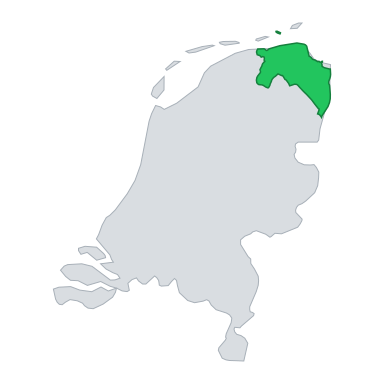 location of Groningen within Netherlands
{"feature_id": "NLD-897", "entity_name": "Groningen", "entity_type": "Province", "adm_level": 1, "iso_a3": "NLD", "parent_name": "Netherlands", "parent_adm1": "", "projection": "mercator", "projection_center": [6.616, 53.2], "detail": "fine", "context": "in_parent", "style": "filled", "palette": "green", "viewbox_px": 384, "rotation_deg": 0, "n_neighbors": 0, "source": "natural_earth", "source_scale": "10m", "svg_char_len": 4674}
<svg xmlns="http://www.w3.org/2000/svg" viewBox="0 0 384 384"><path d="M243.8,361.0L236.5,360.7L229.7,360.5L226.1,359.9L222.2,358.2L220.4,354.6L218.3,350.3L218.9,347.7L225.3,340.2L226.3,338.2L225.6,337.1L226.2,333.8L231.2,322.6L231.8,318.1L229.6,314.9L226.4,313.0L216.1,309.7L211.2,305.0L208.9,300.9L206.6,299.7L203.2,301.1L194.6,302.7L187.7,300.5L179.4,292.7L177.5,285.7L176.5,280.4L174.5,278.5L171.7,281.3L168.2,285.6L161.3,286.1L159.3,285.1L159.0,282.7L158.6,280.4L156.7,277.6L154.6,276.0L145.9,284.0L142.6,284.0L138.5,280.9L136.5,277.9L132.0,279.6L127.9,283.3L129.3,290.3L127.1,291.6L122.1,290.9L116.5,288.1L110.2,286.3L100.7,281.5L87.4,285.4L78.1,280.7L70.5,280.3L65.7,276.5L60.5,270.2L64.2,266.1L67.7,264.6L81.8,263.8L92.0,266.3L110.4,280.1L115.0,279.9L120.0,278.2L117.5,274.5L112.9,272.7L106.0,269.0L100.6,263.8L113.4,262.2L111.6,259.5L109.9,254.9L96.4,238.9L98.7,234.5L102.1,225.2L106.3,217.5L109.7,215.4L115.3,209.9L127.3,193.7L135.0,180.5L140.7,164.7L149.1,121.2L151.6,113.7L155.6,105.5L160.7,107.0L164.2,109.4L176.7,103.2L198.1,86.9L204.4,72.8L210.6,66.2L235.2,53.3L248.7,49.5L269.7,48.5L284.9,46.2L303.1,45.4L310.0,53.3L314.0,59.1L320.5,62.3L330.5,64.6L329.9,76.0L330.0,98.5L329.2,102.5L324.7,112.0L320.0,128.9L318.7,140.0L317.2,142.1L298.2,142.1L295.5,144.0L295.1,146.4L296.0,149.2L295.6,152.1L294.1,154.4L294.9,158.0L298.2,162.2L304.2,164.8L310.7,165.0L314.0,164.6L316.4,167.5L318.8,172.1L318.6,177.8L317.7,185.6L314.7,192.7L305.9,200.9L301.9,203.7L298.2,205.2L296.5,207.4L295.6,210.1L295.8,212.5L302.1,219.1L301.9,220.6L300.1,224.0L297.7,227.2L281.5,233.8L274.9,233.3L271.1,236.6L269.9,237.2L265.7,234.2L256.3,230.7L252.7,231.9L250.7,233.8L244.8,236.2L240.6,239.8L240.6,244.5L248.1,256.6L250.7,259.0L250.8,263.5L254.5,269.1L258.2,276.2L258.6,280.7L258.2,285.3L256.2,291.7L249.7,306.8L249.7,309.6L250.2,311.8L252.4,312.4L254.1,313.6L253.6,315.6L241.5,326.0L239.9,327.8L234.8,327.3L234.0,329.0L234.7,331.8L236.7,334.3L241.0,335.6L244.8,338.2L247.8,343.3L243.8,361.0ZM116.5,288.1L115.4,292.4L112.6,297.2L103.1,304.1L93.2,308.7L88.0,308.1L84.5,305.7L82.6,303.2L77.3,300.8L70.0,299.6L65.4,302.2L62.2,304.7L59.3,304.3L57.2,302.2L55.6,299.1L53.4,289.1L58.9,287.2L70.6,286.6L79.8,290.1L91.8,291.7L101.0,287.0L108.3,291.0L116.5,288.1ZM96.6,247.2L103.6,253.5L105.1,255.5L105.6,257.7L96.7,260.2L87.2,252.4L80.9,254.3L78.5,250.6L78.5,248.3L85.0,246.3L96.6,247.2ZM164.0,90.0L156.9,98.5L152.6,96.1L151.3,94.1L153.5,87.5L164.1,76.5L164.0,90.0ZM195.7,52.1L189.0,53.0L185.9,51.3L202.1,46.6L212.4,45.1L214.2,45.7L195.7,52.1ZM239.2,43.2L225.0,45.2L220.2,43.7L219.4,42.3L223.2,41.5L235.4,41.3L239.1,42.5L239.2,43.2ZM180.1,61.5L166.8,70.3L165.6,68.9L174.2,61.2L180.1,61.5ZM297.2,28.3L290.5,28.7L292.4,25.4L298.6,23.0L302.0,23.0L297.2,28.3ZM268.3,37.0L258.2,41.1L255.7,40.2L256.3,39.0L265.2,36.4L268.3,37.0Z" fill="#d9dde1" stroke="#a8b0b8" stroke-width="1"/><path d="M330.3,69.0L330.5,72.5L330.6,74.4L330.4,76.3L329.9,78.3L328.9,81.0L328.7,81.9L328.7,83.4L329.0,84.1L329.4,84.8L329.6,85.8L330.3,94.4L330.2,98.7L329.5,102.5L328.0,106.5L322.0,115.8L321.5,117.4L321.1,116.7L319.8,115.0L319.0,114.4L317.6,113.9L319.1,109.9L319.1,109.5L319.0,108.9L318.5,108.8L315.0,104.4L311.6,99.8L308.9,96.9L306.4,94.2L305.0,92.9L303.3,91.2L300.1,87.8L297.6,85.0L297.2,84.7L296.5,84.4L294.6,84.2L290.1,85.7L289.7,85.8L289.6,85.6L289.5,85.4L288.7,83.5L286.3,80.2L285.5,79.6L285.1,79.5L284.9,79.3L283.7,77.2L282.5,75.5L281.7,75.6L280.4,75.0L278.0,73.9L275.4,76.3L274.1,77.1L273.1,78.1L272.0,79.5L271.5,80.7L271.5,80.9L271.3,81.6L270.4,83.5L270.1,84.3L269.8,85.5L268.6,87.6L268.0,87.9L266.6,87.4L265.9,87.1L263.3,85.4L262.1,84.9L259.0,84.6L258.4,84.4L257.4,83.5L256.8,82.7L256.4,80.1L256.9,77.5L257.7,76.0L260.4,72.5L260.5,72.0L260.5,71.7L260.4,71.3L260.3,70.9L260.2,70.6L260.1,70.1L260.0,69.6L260.9,67.8L261.9,65.9L262.3,64.4L262.6,63.8L263.5,62.7L264.7,61.6L264.9,61.3L264.9,61.2L264.5,61.0L264.3,60.9L264.2,60.8L264.2,59.6L264.4,58.1L264.2,57.4L264.0,57.0L262.6,56.6L262.4,56.6L262.2,56.7L261.8,57.0L261.6,57.1L261.3,57.1L261.1,57.0L260.9,56.9L260.6,56.5L260.2,55.9L259.9,55.7L259.6,55.5L258.3,55.1L257.2,54.7L256.5,52.0L256.9,50.6L257.7,49.0L264.0,48.8L264.7,49.1L266.0,50.2L266.7,50.5L267.3,50.3L269.2,48.8L279.9,45.7L296.9,43.0L304.0,44.2L305.5,44.9L306.7,46.2L309.1,56.2L309.5,56.3L311.3,57.6L311.4,57.9L311.7,58.2L312.1,58.7L312.6,59.3L314.9,60.0L317.7,61.7L319.0,61.3L319.6,62.0L320.5,62.2L321.3,61.9L322.0,61.3L322.4,61.3L322.4,62.1L321.9,62.6L321.6,62.9L321.6,63.5L322.0,64.5L322.1,66.4L324.3,67.7L329.5,69.0L330.3,69.0ZM276.0,31.4L277.0,31.2L281.0,33.0L280.7,33.0L280.4,33.1L280.2,33.4L280.0,33.9L277.5,33.0L276.2,32.2L276.0,31.4Z" fill="#22c55e" stroke="#15803d" stroke-width="1.5"/></svg>